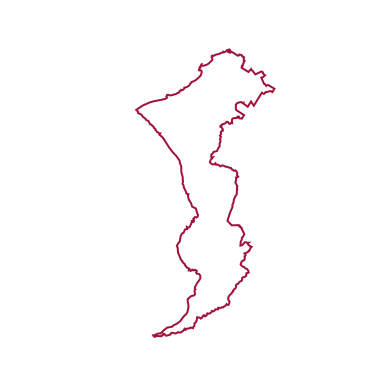 Waitaki District, Canterbury, New Zealand (Mercator projection), rotated 212°
{"feature_id": "76426892B29825208127723", "entity_name": "Waitaki District", "entity_type": "district", "adm_level": 2, "iso_a3": "NZL", "parent_name": "New Zealand", "parent_adm1": "Canterbury", "projection": "mercator", "projection_center": [170.369, -44.682], "detail": "fine", "context": "isolated", "style": "outline", "palette": "rose", "viewbox_px": 384, "rotation_deg": 212, "n_neighbors": 0, "source": "geoboundaries", "source_scale": "gbopen_adm2", "svg_char_len": 6094}
<svg xmlns="http://www.w3.org/2000/svg" viewBox="0 0 384 384"><g transform="rotate(212 192 192)"><path d="M119.0,77.0L119.3,78.6L119.0,79.5L120.4,82.3L119.7,83.3L119.8,84.4L120.1,85.0L119.9,85.4L121.3,88.5L118.9,89.5L117.5,89.3L116.9,90.3L117.1,91.3L116.8,92.4L117.0,93.5L116.6,93.8L115.1,93.4L114.2,95.0L114.8,96.1L114.7,97.2L113.9,97.3L112.2,98.8L112.3,99.4L111.8,100.7L112.1,101.6L110.6,102.1L109.8,104.1L110.0,104.8L107.6,106.4L108.4,107.7L106.1,109.0L105.6,110.0L104.4,110.7L104.4,111.5L103.9,112.0L103.4,113.3L103.3,115.2L101.9,115.1L101.3,115.5L101.3,116.9L101.9,118.7L104.4,120.1L105.5,122.6L105.4,124.5L104.7,126.8L104.9,127.6L104.4,129.5L104.9,130.1L104.7,132.0L104.1,133.2L104.5,135.4L105.3,136.1L105.3,136.5L105.2,137.3L104.1,138.7L104.4,139.4L103.8,141.6L102.8,143.0L103.1,144.4L103.9,145.5L103.8,146.4L102.3,148.0L101.6,149.6L102.8,152.0L101.2,153.7L102.6,155.1L104.8,155.9L106.8,155.4L108.1,156.1L109.4,155.6L111.5,155.9L112.5,156.5L112.4,157.4L113.1,158.9L112.4,161.1L111.7,161.7L111.6,162.1L112.0,163.7L113.4,165.2L113.0,166.0L113.1,166.8L113.7,167.5L114.9,167.8L113.7,169.2L112.9,170.6L112.8,171.6L112.3,172.2L112.6,172.9L112.3,173.8L112.8,175.4L112.4,177.1L114.3,176.8L117.0,177.4L117.8,178.0L117.4,178.8L118.7,178.0L120.0,177.9L120.6,177.5L121.2,173.6L122.5,172.2L124.3,175.6L124.5,177.8L125.5,179.7L125.1,180.7L125.3,184.0L131.0,187.6L132.9,187.9L132.3,188.2L134.5,188.8L140.7,184.8L146.7,186.4L148.9,195.1L149.7,200.8L150.9,202.4L151.3,205.3L152.4,207.5L153.0,211.1L152.8,213.7L154.5,216.6L155.2,218.6L156.1,219.1L156.6,220.9L160.3,223.1L161.0,225.6L162.4,227.6L161.5,228.2L160.9,229.4L162.7,230.1L163.7,232.1L165.7,233.2L166.7,233.3L167.5,232.3L167.9,232.2L169.0,232.5L169.8,232.2L171.7,233.0L173.0,232.4L175.8,231.9L176.9,231.2L178.6,231.2L180.5,230.6L181.1,229.2L181.6,228.7L184.0,229.1L186.0,227.9L187.3,228.8L187.6,227.4L189.3,226.2L191.6,226.3L192.8,226.9L193.2,230.2L192.8,230.8L192.7,232.6L193.5,231.9L194.5,232.1L195.4,234.1L194.9,235.3L195.0,237.3L192.5,240.0L193.0,243.0L192.7,245.2L194.2,247.6L194.8,250.5L196.2,251.5L196.1,252.4L196.9,253.5L196.8,254.2L198.2,254.7L198.1,256.6L199.4,258.1L199.0,259.9L198.4,260.2L198.9,261.4L201.1,262.3L202.4,262.3L202.9,263.2L202.0,264.2L202.4,265.1L200.2,267.8L199.8,269.9L198.7,270.4L196.5,269.6L195.8,270.1L195.5,271.3L194.4,271.7L196.3,274.1L196.5,275.8L194.9,277.5L193.2,278.5L193.3,279.7L192.4,279.7L192.7,280.5L192.0,280.7L191.6,280.1L190.3,279.7L189.2,280.6L188.6,280.7L188.6,284.8L197.8,284.9L199.7,286.7L200.1,288.0L201.1,289.2L200.8,291.2L199.4,293.1L197.8,294.4L196.3,294.2L195.7,294.9L195.6,294.3L189.9,293.8L189.9,300.0L185.3,297.9L185.4,313.2L183.2,313.2L182.6,313.9L182.7,315.1L182.2,316.1L181.6,316.4L178.8,319.3L176.8,319.3L176.8,323.3L184.1,323.1L185.4,321.8L185.4,321.3L187.6,322.2L188.2,321.9L193.8,325.7L192.8,326.8L191.8,329.6L194.7,330.2L195.2,331.0L195.9,331.1L197.0,331.0L200.6,325.3L204.8,326.9L206.0,326.9L207.1,327.6L207.7,323.7L215.8,323.7L216.1,324.4L215.6,324.2L216.1,324.7L215.8,325.1L216.0,326.1L216.8,328.4L216.6,329.0L216.9,329.7L216.8,331.0L218.0,331.1L218.8,332.5L218.8,333.2L219.3,333.7L220.0,334.0L220.8,333.5L222.6,334.5L224.5,333.7L224.2,333.4L224.3,333.1L225.3,331.9L234.2,331.9L233.4,330.5L234.2,330.1L235.0,330.8L235.1,330.5L234.9,330.4L235.5,330.1L235.5,333.4L236.0,332.4L237.5,330.6L237.6,329.8L238.6,327.7L239.2,327.2L239.9,327.4L239.8,326.6L241.3,325.1L241.9,323.7L243.0,322.8L245.1,320.3L245.9,318.7L246.9,318.6L247.3,317.9L246.7,316.6L245.0,315.5L244.8,314.4L245.9,309.9L246.7,308.1L249.0,305.3L250.2,304.6L251.1,304.6L251.5,305.5L251.6,305.4L251.5,303.0L251.1,302.9L250.9,302.4L251.5,301.5L251.1,301.2L251.2,300.8L250.8,300.2L250.9,299.2L250.4,298.9L250.0,299.6L249.2,299.9L247.8,299.5L247.0,298.1L246.5,296.2L246.5,294.3L247.9,289.4L249.1,287.0L250.7,285.1L250.4,284.1L251.0,283.0L250.7,281.3L251.1,280.0L252.4,277.7L253.8,276.4L253.4,275.5L253.6,274.4L254.5,273.0L255.3,272.9L255.2,272.0L256.0,271.1L255.6,269.7L255.8,269.3L256.8,268.2L257.3,266.9L260.4,263.4L262.3,262.0L263.7,261.9L264.5,261.2L264.3,258.7L264.2,259.2L263.3,259.0L263.4,258.6L264.0,258.7L263.3,258.4L264.0,256.7L273.3,247.9L275.7,245.0L279.7,239.1L282.8,232.1L280.7,231.7L279.5,230.7L279.8,230.7L279.6,230.4L275.8,230.8L273.6,229.8L270.0,229.4L269.1,228.8L266.5,229.1L263.4,227.2L262.4,227.6L258.7,226.7L258.0,226.1L256.6,226.1L255.9,225.2L255.3,225.3L253.4,224.3L252.0,224.6L251.0,224.2L250.1,224.8L250.1,223.4L245.6,222.7L234.7,217.5L229.7,215.6L224.9,214.4L219.0,212.0L218.0,210.5L214.6,207.9L211.9,203.6L207.5,199.4L206.6,197.7L205.3,196.4L204.4,193.9L202.7,193.2L201.5,191.7L197.0,188.8L195.9,187.7L193.9,188.3L193.3,186.4L190.6,183.8L187.0,182.1L184.2,179.7L180.0,180.1L175.8,176.3L174.7,175.8L174.1,174.0L174.9,172.6L176.2,172.3L176.7,170.1L175.4,169.3L174.9,168.5L174.9,167.8L176.3,168.1L176.8,167.4L175.7,166.8L176.1,166.3L176.2,165.3L175.8,164.7L175.7,162.5L175.4,161.4L175.8,160.2L176.4,159.8L177.9,159.7L176.5,158.0L178.1,156.5L177.5,152.9L178.2,152.1L178.4,151.3L178.3,148.7L176.1,143.3L176.5,141.4L176.3,138.2L174.7,137.2L171.8,133.3L165.3,128.6L163.6,128.3L162.7,127.5L159.9,127.0L159.2,126.1L158.2,126.1L156.4,125.1L155.2,125.5L153.9,125.1L153.3,125.5L153.0,125.1L153.4,124.4L153.2,123.9L152.6,124.6L151.4,124.3L150.5,125.6L150.6,126.3L150.2,126.5L149.9,126.1L148.6,126.7L148.1,127.7L146.1,127.7L145.7,125.7L144.8,125.3L142.5,126.2L140.7,125.5L139.2,123.3L139.1,120.6L139.4,118.2L139.1,112.8L138.4,111.6L137.5,111.2L137.7,110.4L137.3,109.1L135.5,107.3L135.2,106.5L135.4,105.6L137.6,103.1L138.9,99.0L137.8,97.0L134.9,94.0L133.5,91.4L132.2,87.3L132.2,85.4L132.9,83.0L133.3,79.8L133.5,76.3L135.1,72.1L136.9,69.4L137.5,67.2L141.2,63.8L142.9,59.2L142.9,58.1L143.9,55.2L144.4,55.1L146.8,52.8L147.6,50.9L149.0,49.9L148.3,49.5L146.7,49.5L145.5,51.3L141.7,53.3L141.5,54.3L140.9,54.9L141.3,55.9L141.1,56.6L140.4,57.0L138.1,56.3L137.0,57.1L134.7,59.8L135.0,60.9L134.7,61.7L133.4,62.5L131.4,63.0L130.2,64.3L129.6,65.8L128.4,66.0L127.1,66.9L125.6,70.5L125.9,71.1L125.7,72.3L124.3,71.9L123.9,73.4L122.9,74.4L122.2,74.6L121.3,76.4L119.0,77.0Z" fill="none" stroke="#9f1239" stroke-width="2"/></g></svg>